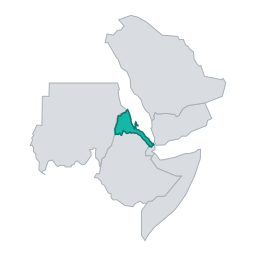 Eritrea and the surrounding countries
{"feature_id": "ERI", "entity_name": "Eritrea", "entity_type": "country or territory", "adm_level": 0, "iso_a3": "ERI", "parent_name": "Africa", "parent_adm1": "", "projection": "robinson", "projection_center": [39.36, 15.191], "detail": "fine", "context": "with_neighbors", "style": "filled", "palette": "teal", "viewbox_px": 256, "rotation_deg": 0, "n_neighbors": 6, "source": "natural_earth", "source_scale": "50m", "svg_char_len": 5426}
<svg xmlns="http://www.w3.org/2000/svg" viewBox="0 0 256 256"><path d="M141.5,235.1L141.5,210.9L148.2,201.3L152.0,201.1L157.2,196.4L164.8,196.1L181.3,176.2L176.4,176.2L157.2,168.3L150.6,159.1L154.1,153.1L156.0,154.4L159.8,159.9L162.7,159.9L174.5,157.4L184.6,153.7L189.8,153.4L195.6,151.7L198.3,149.4L200.6,149.4L200.3,158.6L194.7,175.6L186.1,193.9L181.2,201.3L174.3,210.4L154.1,227.5L147.7,235.6L145.0,240.6L141.5,235.1Z" fill="#d9dde1" stroke="#a8b0b8" stroke-width="1"/><path d="M45.3,174.7L40.8,171.7L38.8,169.8L39.4,162.3L36.1,158.1L35.6,153.7L33.5,151.7L33.5,147.8L32.3,145.3L30.2,145.6L32.4,140.4L31.8,137.7L33.8,135.6L32.6,134.1L36.9,125.1L41.9,125.5L42.4,96.3L49.0,96.3L49.3,83.0L117.6,83.0L119.4,89.5L118.1,90.7L119.0,97.6L121.1,105.5L126.4,109.6L123.5,113.4L119.2,114.5L117.4,116.6L114.3,130.8L114.9,133.4L113.9,139.2L111.5,145.7L108.0,149.0L104.9,156.8L102.1,158.7L100.3,165.6L100.4,171.6L100.3,166.4L99.5,166.3L98.9,160.7L95.9,158.1L95.3,153.3L96.0,148.4L93.3,147.9L92.9,149.4L89.4,149.7L90.8,151.7L91.2,155.7L85.1,164.1L82.0,164.8L77.1,160.9L74.9,162.3L74.3,164.2L71.3,165.5L71.1,166.9L65.2,166.9L64.5,165.5L60.2,165.3L58.1,166.4L56.5,165.8L52.5,160.1L48.3,161.0L45.1,170.1L41.3,172.1L45.3,174.7Z" fill="#d9dde1" stroke="#a8b0b8" stroke-width="1"/><path d="M205.0,103.0L211.8,118.6L207.6,120.4L206.4,125.6L191.4,131.5L186.2,136.2L181.9,136.2L178.5,139.0L168.5,141.0L164.8,144.9L156.0,145.3L154.5,141.4L154.6,137.8L150.8,128.2L152.0,127.8L151.8,120.6L154.3,118.5L153.7,115.7L155.2,112.4L157.6,114.1L165.9,113.4L174.8,114.4L176.3,116.6L179.0,115.5L183.0,108.5L188.4,105.5L205.0,103.0Z" fill="#d9dde1" stroke="#a8b0b8" stroke-width="1"/><path d="M107.0,34.0L113.3,35.1L117.1,30.6L121.5,29.7L122.4,27.5L124.3,26.4L118.7,19.7L131.0,15.4L137.8,17.2L146.2,21.8L162.2,35.2L177.8,36.4L179.2,39.6L183.3,39.4L185.6,45.1L188.4,46.6L189.5,49.0L193.4,51.8L194.1,59.0L197.5,64.7L199.2,66.0L200.8,65.5L204.5,76.3L221.9,79.7L223.0,78.3L225.8,83.0L222.3,96.3L205.0,103.0L188.4,105.5L183.0,108.5L179.0,115.5L176.3,116.6L174.8,114.4L165.9,113.4L157.6,114.1L155.2,112.4L153.7,115.7L154.3,118.5L151.8,120.6L148.8,113.1L145.8,110.7L142.7,105.2L141.1,99.7L137.1,95.1L134.5,94.1L130.7,87.7L130.2,79.1L127.0,71.8L121.2,67.8L118.1,59.0L116.4,57.5L107.9,42.6L105.1,42.7L107.0,34.0Z" fill="#d9dde1" stroke="#a8b0b8" stroke-width="1"/><path d="M181.3,176.2L164.8,196.1L157.2,196.4L152.0,201.1L148.2,201.3L146.6,203.3L142.6,203.3L140.2,201.1L134.8,203.9L133.1,206.7L124.7,205.5L117.2,199.8L113.1,199.8L111.1,197.6L111.1,193.9L108.1,192.8L104.6,185.5L102.0,184.0L100.9,181.3L98.0,178.1L94.4,177.6L96.4,173.8L99.5,173.7L102.1,158.7L104.9,156.8L108.0,149.0L111.5,145.7L114.9,133.4L121.6,134.8L123.5,129.9L127.0,132.9L130.4,131.3L131.8,132.7L135.8,132.8L140.9,135.5L145.0,139.9L149.4,145.9L145.4,152.0L145.9,155.9L150.6,155.5L151.9,156.7L150.6,159.1L157.2,168.3L176.4,176.2L181.3,176.2Z" fill="#d9dde1" stroke="#a8b0b8" stroke-width="1"/><path d="M149.4,145.9L151.9,146.5L153.6,144.9L155.0,147.0L154.9,149.7L151.5,151.3L154.1,153.1L151.9,156.7L150.6,155.5L145.9,155.9L145.4,152.0L149.4,145.9Z" fill="#d9dde1" stroke="#a8b0b8" stroke-width="1"/><path d="M115.4,134.5L115.2,132.6L115.1,131.3L115.0,130.0L114.9,128.7L115.4,127.9L115.7,127.2L116.3,124.8L116.6,124.3L117.1,123.0L117.2,122.6L117.7,121.0L117.7,119.9L117.6,118.8L117.9,118.1L118.1,117.6L118.1,117.2L118.2,116.1L118.3,115.9L118.6,115.9L119.2,116.0L119.7,115.9L120.2,115.9L120.6,115.9L120.9,115.6L121.2,114.4L121.4,114.1L121.6,114.0L122.1,113.8L122.5,113.5L122.8,113.2L123.3,113.1L123.6,113.0L123.8,112.8L124.2,112.7L124.6,112.8L124.9,112.6L125.1,112.5L125.3,112.5L125.5,112.4L125.6,112.2L126.1,111.7L126.3,111.3L126.4,111.1L126.5,110.8L127.1,110.0L127.6,109.6L129.3,113.4L130.0,115.7L130.7,118.1L131.1,121.6L131.6,123.5L132.3,124.4L132.8,126.0L133.2,126.1L133.5,126.6L134.0,128.2L134.4,128.8L134.6,128.3L134.6,128.0L134.4,127.5L134.6,126.8L134.9,126.5L135.5,127.0L135.9,127.4L136.0,128.1L136.1,128.6L136.8,129.5L137.4,129.8L138.2,129.8L138.8,130.0L139.4,130.4L140.3,131.3L142.5,132.1L144.3,134.6L145.3,136.4L148.8,139.0L149.3,140.3L149.7,141.5L150.4,141.4L151.6,142.8L152.0,143.8L153.0,144.2L153.2,143.6L153.7,144.1L153.9,144.8L153.2,145.2L152.5,145.4L152.4,145.4L152.2,145.8L151.8,146.7L151.5,147.0L151.3,147.1L150.1,146.1L149.7,146.3L149.6,146.5L149.0,145.8L148.7,145.2L148.1,144.4L147.6,144.1L147.1,143.7L146.5,142.7L146.0,141.7L145.1,140.8L143.6,139.6L142.2,138.0L141.1,136.4L140.4,135.5L140.1,135.3L138.7,134.7L137.7,134.0L137.0,133.4L136.5,133.2L136.0,133.2L135.1,133.3L134.2,132.9L133.9,132.9L133.4,132.8L132.9,132.7L132.4,132.8L131.4,133.1L131.0,133.1L130.8,132.7L130.6,132.4L130.3,132.1L130.0,132.1L129.8,132.3L128.7,133.0L126.9,133.4L126.5,133.4L126.2,133.1L125.3,131.9L125.0,131.7L124.8,131.7L124.4,131.6L124.0,131.3L123.7,130.9L123.3,130.6L123.0,131.5L122.3,133.2L122.0,134.1L121.5,135.3L121.4,135.3L121.1,135.2L120.2,133.8L119.7,133.2L119.3,133.3L119.0,133.5L118.8,134.0L118.6,134.3L118.3,134.4L117.8,134.4L117.1,134.1L116.3,134.2L115.5,134.5L115.4,134.5ZM136.5,125.0L136.7,125.3L136.9,125.3L137.0,125.2L137.1,124.9L138.0,125.4L138.0,125.7L137.4,125.7L136.8,125.6L136.2,125.7L135.5,125.5L135.3,125.0L135.8,125.2L136.0,125.2L135.7,124.7L135.3,124.6L135.3,124.3L135.5,124.2L135.4,123.7L135.9,123.8L136.2,124.0L136.4,124.3L136.5,125.0ZM136.1,122.4L136.3,123.0L135.7,122.8L135.6,122.6L135.9,122.4L135.9,122.2L136.1,122.4Z" fill="#14b8a6" stroke="#0f766e" stroke-width="1.5"/></svg>